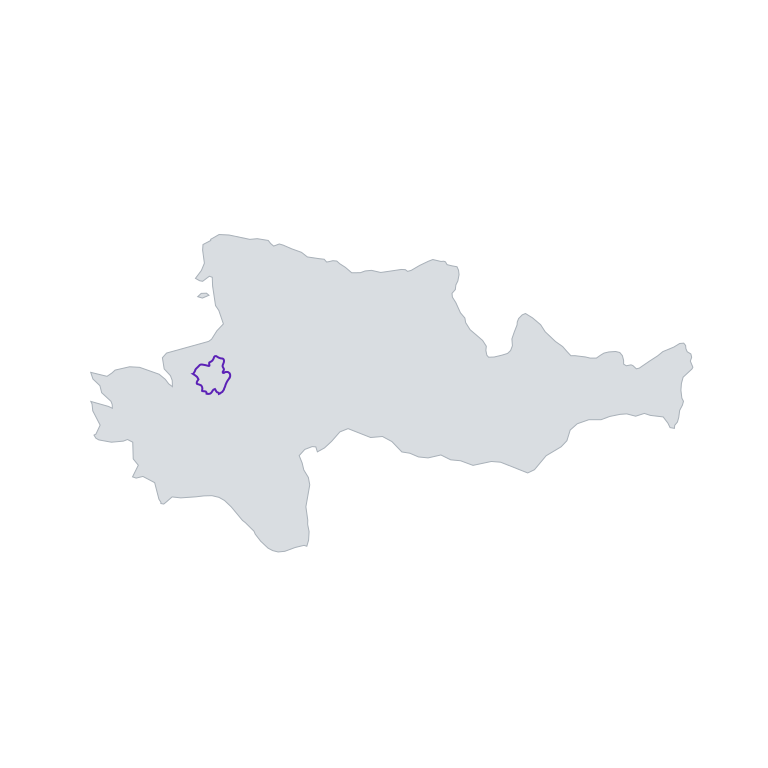 Pyongyang, P'yŏngyang, North Korea shown in context, rotated 49°
{"feature_id": "82179303B55999426557094", "entity_name": "Pyongyang", "entity_type": "district", "adm_level": 2, "iso_a3": "PRK", "parent_name": "North Korea", "parent_adm1": "P'yŏngyang", "projection": "albers", "projection_center": [125.792, 39.089], "detail": "fine", "context": "in_parent", "style": "outline", "palette": "violet", "viewbox_px": 768, "rotation_deg": 49, "n_neighbors": 0, "source": "geoboundaries", "source_scale": "gbopen_adm2", "svg_char_len": 4872}
<svg xmlns="http://www.w3.org/2000/svg" viewBox="0 0 768 768"><g transform="rotate(49 384 384)"><path d="M455.8,548.7L453.3,550.2L449.1,558.3L445.2,568.6L441.3,574.1L436.7,577.3L431.8,579.2L421.8,580.2L412.9,579.7L409.9,578.7L397.6,579.6L394.2,580.3L376.4,579.9L367.2,580.8L361.3,582.9L355.4,587.1L350.3,593.3L345.8,599.9L336.6,612.1L330.2,618.0L330.2,626.4L330.1,629.0L327.8,630.8L327.0,630.0L323.2,629.4L308.0,621.8L295.6,626.6L292.4,632.8L289.1,634.7L284.1,622.7L276.0,622.4L263.1,611.8L257.6,614.0L256.1,618.2L249.1,627.9L239.1,635.9L235.9,637.0L232.3,636.4L232.8,634.2L228.8,625.2L213.2,621.4L207.6,617.5L204.8,616.7L220.1,606.7L224.1,604.9L221.2,602.6L217.9,601.4L205.4,602.8L198.9,599.5L189.3,600.4L182.8,597.7L196.5,588.0L197.2,582.2L197.1,577.8L204.1,564.7L211.1,557.5L229.1,547.3L237.0,546.0L242.6,546.4L247.2,545.4L242.4,541.5L237.6,539.7L228.4,540.0L218.8,534.0L218.0,527.8L236.8,488.4L237.1,484.8L234.2,475.2L233.3,465.8L220.1,460.4L214.3,459.7L197.5,449.0L190.8,443.6L188.1,445.1L187.5,453.5L185.1,455.4L180.6,457.0L178.5,447.3L175.0,440.3L163.9,433.0L160.0,429.1L162.0,420.6L161.1,419.9L163.0,410.4L169.9,403.2L186.8,390.4L191.2,384.3L199.7,377.2L203.6,377.4L207.5,376.8L208.7,373.7L209.6,371.2L213.0,369.0L221.2,365.1L230.5,359.9L237.8,358.5L246.9,350.7L250.6,347.3L254.3,347.3L255.3,345.7L257.4,341.7L260.2,339.0L264.2,338.5L270.7,336.6L278.9,335.4L284.5,328.8L286.3,324.1L290.0,318.9L297.7,313.3L303.1,304.9L308.9,295.8L311.7,292.9L314.5,292.3L316.1,288.9L317.9,279.3L320.5,269.9L322.1,265.5L328.9,260.6L330.6,258.3L332.1,257.5L335.3,258.1L339.4,255.2L343.4,252.0L347.0,253.1L350.7,255.6L354.7,260.7L356.4,264.8L359.5,268.2L360.2,273.2L363.3,275.4L369.7,276.4L380.4,279.6L387.3,279.7L391.2,282.1L399.5,283.4L415.8,281.0L422.6,282.0L425.5,285.1L429.7,287.5L432.4,287.5L435.9,283.2L439.6,276.1L442.0,270.7L441.8,266.5L439.4,262.0L433.9,257.9L430.2,251.5L426.7,244.8L424.6,242.7L422.9,239.4L422.5,234.4L423.6,231.0L431.6,228.5L442.0,226.9L450.4,228.1L464.5,226.7L473.0,224.6L479.4,224.6L485.3,224.4L487.8,221.4L495.8,214.2L499.6,211.5L503.8,206.7L504.3,201.7L505.0,197.7L507.3,193.3L511.4,187.9L514.9,185.4L519.0,185.5L523.4,187.7L526.2,190.1L529.2,189.2L531.6,185.0L533.3,184.1L538.1,183.6L539.5,180.9L540.9,168.7L542.3,159.0L542.5,152.3L546.3,141.0L547.4,134.3L549.8,131.0L552.8,131.1L555.4,133.0L558.6,134.0L562.7,132.7L565.7,134.3L567.7,137.8L574.0,139.9L574.7,141.7L575.1,153.8L578.8,159.3L583.6,164.1L590.1,168.5L593.5,169.3L595.7,172.6L597.9,178.2L602.6,183.5L605.2,187.5L605.9,191.7L608.0,193.9L604.6,196.7L599.8,195.4L592.0,194.9L582.4,203.6L577.0,206.8L573.4,215.2L565.8,220.4L561.8,225.7L556.6,234.9L553.3,243.7L545.3,252.9L540.8,264.2L540.9,273.7L546.8,283.2L547.6,291.5L544.5,308.7L547.4,326.7L545.4,333.9L519.5,347.3L512.9,353.8L503.8,370.2L492.1,376.6L485.0,383.4L474.9,387.6L468.7,399.2L461.7,405.8L453.2,409.9L447.0,415.1L432.6,415.8L422.6,419.6L415.6,429.2L394.1,440.4L391.2,448.7L392.9,461.2L393.2,470.9L391.5,478.8L386.7,476.7L384.1,479.3L381.4,486.7L382.4,495.0L389.9,497.6L396.2,500.9L404.9,502.4L411.4,506.2L425.4,523.5L436.8,530.9L439.8,533.7L446.3,537.4L452.4,543.4L455.8,548.7ZM200.0,464.7L195.9,467.3L195.7,462.5L199.0,458.4L202.2,457.9L200.0,464.7Z" fill="#d9dde1" stroke="#a8b0b8" stroke-width="1"/><path d="M251.1,521.5L251.4,521.4L252.4,521.2L253.3,520.9L256.0,520.4L257.6,520.7L258.1,520.8L258.8,521.0L259.3,523.0L259.8,524.0L260.5,524.8L261.4,525.0L262.9,524.0L263.9,523.5L264.8,523.0L265.8,523.0L267.0,523.3L268.2,524.0L269.8,525.8L270.8,525.3L271.3,524.6L272.7,523.5L273.9,523.5L274.9,524.3L276.1,523.3L277.1,521.8L277.3,520.7L277.1,519.2L276.6,517.7L276.4,516.4L276.9,514.9L278.1,515.1L279.3,515.4L280.7,515.4L282.1,514.6L283.1,514.9L283.2,515.0L283.6,513.9L283.6,512.6L283.9,511.2L283.5,509.8L283.2,508.5L282.6,507.7L281.7,505.7L280.6,504.0L279.7,502.1L279.1,500.6L278.7,499.2L278.4,497.8L278.2,497.2L278.1,496.5L277.9,496.5L277.7,496.0L277.5,495.4L277.2,495.0L276.3,494.2L275.6,493.8L274.6,493.5L272.9,493.8L272.5,494.0L271.7,494.8L271.1,495.6L270.9,496.1L270.6,497.0L270.6,497.6L270.2,498.0L269.8,498.2L269.4,498.0L269.1,497.8L268.9,497.2L268.5,496.1L268.1,495.4L267.8,495.1L267.5,495.0L267.4,494.9L267.0,494.8L265.5,494.5L265.0,494.3L264.6,494.1L264.0,493.4L262.5,490.6L262.4,490.5L261.7,489.7L261.2,489.3L260.8,489.1L260.1,488.9L259.7,488.9L259.0,489.1L258.7,489.3L258.2,489.8L257.4,490.5L256.0,491.3L255.0,491.7L253.0,492.3L252.7,492.5L252.3,493.1L252.1,493.4L252.1,494.2L252.5,495.1L252.9,495.7L253.3,496.7L253.5,497.4L253.7,498.0L253.7,498.4L253.7,499.3L253.2,501.6L253.2,501.8L253.4,502.1L254.3,502.9L255.3,503.4L255.6,503.8L255.6,504.1L255.5,504.3L255.2,504.6L252.6,506.4L250.1,508.4L249.4,509.2L249.1,509.6L249.0,509.8L248.8,510.6L249.0,512.7L249.1,514.0L249.1,514.8L249.2,515.6L249.2,516.1L249.6,517.3L249.8,517.5L250.3,518.4L251.2,521.3L251.1,521.5Z" fill="none" stroke="#5b21b6" stroke-width="2"/></g></svg>